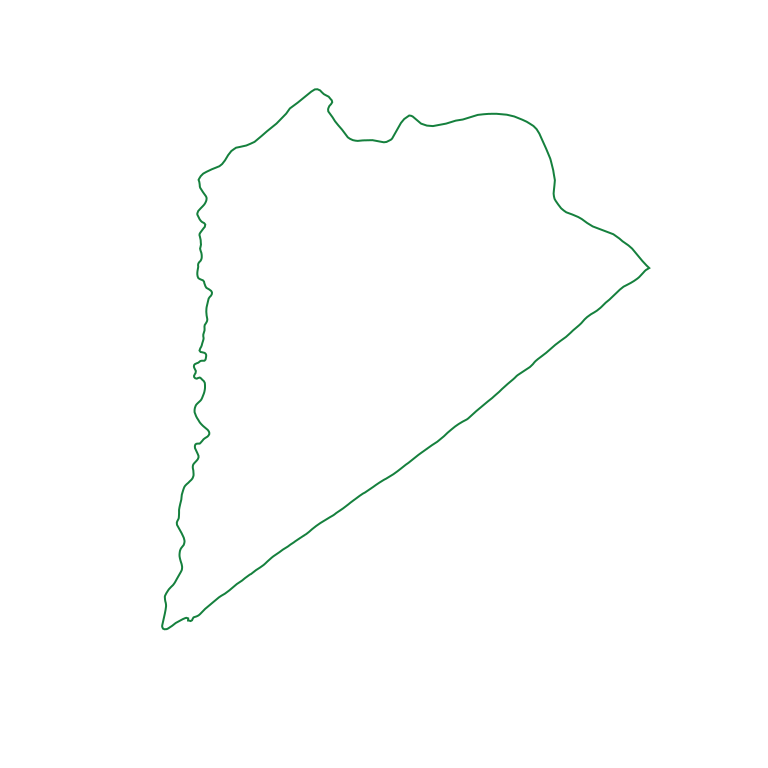 Champerico, Retalhuleu, Guatemala (Albers equal-area conic projection), rotated 284°
{"feature_id": "79465075B86216931252561", "entity_name": "Champerico", "entity_type": "district", "adm_level": 2, "iso_a3": "GTM", "parent_name": "Guatemala", "parent_adm1": "Retalhuleu", "projection": "albers", "projection_center": [-91.913, 14.334], "detail": "fine", "context": "isolated", "style": "outline", "palette": "green", "viewbox_px": 768, "rotation_deg": 284, "n_neighbors": 0, "source": "geoboundaries", "source_scale": "gbopen_adm2", "svg_char_len": 6159}
<svg xmlns="http://www.w3.org/2000/svg" viewBox="0 0 768 768"><g transform="rotate(284 384 384)"><path d="M560.7,613.3L562.5,610.1L565.9,604.9L575.4,592.0L577.6,587.7L580.2,580.9L582.1,577.2L584.8,570.3L587.4,548.4L589.4,542.1L591.9,536.0L593.0,532.1L594.0,525.8L594.7,519.3L595.8,516.5L597.3,513.4L600.4,509.5L603.3,506.2L604.9,504.7L607.2,503.5L609.8,502.5L613.0,502.0L618.0,501.3L623.1,500.5L629.2,497.8L632.3,496.5L640.6,492.1L642.9,490.8L651.4,484.5L660.4,477.4L664.5,474.2L668.2,470.4L670.5,466.6L671.9,462.5L673.0,459.0L673.9,454.3L675.1,445.7L675.0,438.0L673.4,427.8L671.5,420.4L669.8,415.3L667.8,409.9L659.7,396.5L656.9,389.9L651.7,381.3L646.1,369.1L645.1,363.1L645.6,357.0L650.5,347.1L650.8,345.4L650.6,343.5L646.0,339.5L641.4,337.3L624.1,332.5L622.7,331.6L621.4,330.1L619.5,327.9L618.5,325.4L617.8,313.8L615.3,304.7L613.5,299.6L613.2,297.4L613.1,294.8L613.7,291.6L614.6,289.2L620.7,281.7L624.0,277.0L627.1,272.9L630.3,269.6L632.4,267.1L635.0,264.0L637.0,263.3L638.1,263.3L640.5,263.7L642.9,265.0L644.9,265.6L646.6,264.7L647.4,263.5L649.4,260.8L650.1,257.8L650.7,255.5L652.1,253.0L653.4,251.0L653.9,248.1L653.1,245.6L650.1,242.7L636.1,232.2L628.6,226.0L622.7,223.7L610.7,216.7L600.9,209.3L595.3,205.4L587.6,199.8L584.8,196.3L582.1,192.7L579.0,186.5L577.5,183.3L575.5,181.5L573.1,179.5L568.4,177.4L562.5,175.6L558.2,173.7L555.5,171.6L553.0,168.2L550.7,165.0L547.0,160.5L544.4,157.7L541.4,155.9L538.9,155.1L537.2,154.7L535.6,155.8L533.5,156.7L532.4,157.1L531.1,157.5L529.9,158.2L526.3,162.0L522.9,166.0L521.5,166.9L519.5,167.2L518.0,167.1L516.2,166.7L514.7,166.2L512.8,165.2L509.9,163.5L506.9,161.9L504.4,161.6L503.2,161.9L499.2,165.3L497.9,166.9L497.2,168.2L496.9,169.4L496.6,170.6L495.5,172.0L493.1,172.1L491.3,171.2L488.7,170.1L486.5,169.2L485.3,168.8L483.9,168.9L482.3,169.8L481.1,170.4L479.3,171.3L476.7,172.1L475.0,172.7L472.5,172.8L470.9,172.8L469.5,173.5L468.5,174.1L467.0,175.1L465.1,175.9L463.7,176.3L462.3,176.6L461.0,176.6L459.4,176.3L458.3,175.7L457.1,175.0L455.7,174.7L454.4,174.8L452.8,175.4L448.5,175.7L446.5,176.0L445.0,176.4L443.2,177.2L441.8,178.3L441.3,179.8L441.0,181.5L440.8,183.2L439.8,184.6L438.3,185.3L435.5,187.2L434.3,188.5L433.7,190.7L433.4,191.7L432.5,193.8L431.3,194.9L429.7,195.2L427.9,194.8L426.4,193.9L424.5,193.2L421.8,193.2L415.6,193.3L414.0,193.5L411.1,194.1L407.6,195.3L405.6,196.2L404.1,196.9L402.5,197.1L400.8,196.8L399.3,196.3L397.9,195.8L396.3,195.9L394.3,196.5L392.5,196.9L390.6,196.8L388.3,196.7L386.6,197.1L385.3,197.7L384.2,198.0L382.6,198.0L379.2,197.8L377.4,197.8L375.8,197.6L374.6,197.2L373.3,197.0L371.8,196.9L370.7,198.3L370.8,199.8L370.8,202.4L370.3,203.4L369.6,204.2L368.3,204.7L365.7,204.9L364.5,204.9L363.2,204.2L362.8,202.8L362.4,201.3L361.8,200.2L359.8,198.7L358.6,197.0L357.4,195.6L356.4,195.2L355.0,195.3L354.0,195.8L352.8,196.8L351.1,198.3L349.0,198.5L347.5,198.0L345.8,197.7L344.6,198.3L343.9,199.5L343.9,201.1L344.8,202.1L345.7,203.7L345.2,205.1L344.2,206.6L343.2,208.5L341.8,209.8L340.5,210.3L338.8,210.8L336.7,211.3L335.0,211.5L332.8,211.6L331.1,211.5L326.5,210.9L324.7,210.5L323.4,209.9L320.5,208.0L319.0,207.1L317.8,206.6L315.2,206.3L313.5,206.4L312.0,206.7L310.7,207.1L308.7,208.5L307.4,209.4L306.0,210.6L304.1,212.6L302.2,214.5L301.1,216.0L300.4,217.1L299.5,218.6L296.8,224.1L295.6,225.5L294.6,226.2L293.2,226.6L291.7,226.2L290.3,225.5L289.4,224.6L287.9,223.2L286.6,222.2L285.0,221.5L282.5,220.2L281.6,219.6L281.1,217.7L280.6,216.4L279.6,215.6L278.0,215.5L276.1,216.1L271.3,220.0L269.4,221.4L267.8,221.8L265.9,221.5L264.4,220.8L262.6,219.8L261.0,218.9L260.0,218.5L258.9,218.3L257.2,218.5L255.8,219.0L254.0,219.9L251.8,220.6L250.6,221.0L249.3,221.3L248.2,221.3L246.0,221.0L244.3,220.2L242.5,219.0L240.9,218.1L239.1,216.8L237.4,215.8L236.2,215.3L234.5,215.0L232.2,214.8L227.6,214.6L222.7,215.3L218.3,215.3L214.8,215.4L212.3,215.6L209.5,216.3L207.7,216.7L205.0,217.2L203.7,217.3L200.8,216.6L199.3,216.5L197.3,217.2L190.2,223.8L186.4,226.9L184.0,228.2L182.8,228.6L181.2,228.7L179.4,228.6L175.9,227.0L174.6,226.6L172.8,226.4L171.4,226.5L169.9,226.7L168.8,226.9L167.4,227.3L165.6,228.1L163.0,229.5L160.3,231.2L157.9,232.3L156.7,232.6L154.8,232.8L153.1,232.5L144.5,230.1L143.4,229.8L141.8,229.4L139.9,228.8L137.8,227.9L135.6,226.5L132.7,224.9L131.0,224.3L128.3,223.4L125.6,222.8L124.5,222.8L122.1,223.6L120.4,224.3L118.8,225.2L117.1,225.9L115.7,226.3L111.9,226.7L108.2,226.9L96.1,227.2L94.8,227.5L93.2,228.7L92.9,230.3L93.6,232.5L94.6,233.7L98.2,237.0L101.7,239.7L107.2,245.7L108.7,247.7L109.3,248.7L109.2,250.7L107.1,251.1L107.3,252.2L107.2,253.7L108.3,254.9L110.0,255.2L111.5,255.7L112.4,257.1L113.2,258.4L114.4,259.8L115.2,260.5L116.4,261.3L118.3,262.4L122.6,264.9L123.8,265.8L131.1,271.1L137.1,275.5L139.2,277.4L142.0,280.3L144.8,282.6L146.4,283.9L154.3,289.6L158.9,293.8L161.9,296.0L163.7,297.5L166.7,300.0L167.4,300.9L172.4,304.8L175.8,308.0L177.3,309.3L179.3,311.0L181.2,312.3L183.6,313.8L188.3,317.0L190.0,318.3L195.6,323.3L198.8,325.9L203.0,330.0L205.6,332.1L207.1,333.5L208.5,334.8L210.0,336.0L214.2,339.8L218.4,343.7L219.5,344.8L222.2,346.9L225.8,349.4L229.8,352.5L233.7,355.9L241.7,363.8L244.0,366.2L245.2,367.3L247.4,369.0L253.4,374.4L258.8,378.7L260.7,380.1L263.4,382.3L269.7,387.5L272.7,390.2L274.0,391.7L281.5,398.4L284.1,400.6L287.1,403.3L290.0,406.1L291.4,407.5L292.5,408.8L298.7,414.9L302.6,418.2L306.3,421.1L311.0,424.7L313.4,426.8L323.5,434.5L326.6,437.1L336.2,445.3L340.9,449.7L347.8,454.8L352.1,457.5L356.0,460.3L360.0,463.3L363.2,466.1L366.5,469.4L369.6,472.9L370.9,474.0L379.9,480.0L392.5,489.2L396.5,492.3L398.6,493.7L400.5,495.0L404.2,497.6L407.8,499.8L414.0,504.0L419.8,508.2L421.6,509.4L423.8,510.7L425.0,511.6L432.0,518.0L434.8,520.6L435.8,521.5L438.0,522.9L439.3,523.7L441.3,524.6L442.9,525.5L445.4,527.3L450.5,531.4L453.5,533.8L456.8,536.1L463.4,540.7L468.4,544.7L473.7,549.2L478.6,552.5L481.8,554.5L488.2,559.1L490.7,560.7L495.2,563.0L498.1,564.9L501.8,568.0L504.0,570.3L506.6,572.8L510.3,575.6L511.7,576.5L516.5,579.4L520.4,582.3L525.3,585.4L529.4,588.0L532.6,590.0L536.4,592.9L538.4,595.2L541.7,598.9L544.4,601.6L547.6,604.4L549.4,605.7L552.8,607.6L554.6,608.6L556.7,609.7L557.9,610.5L560.7,613.3Z" fill="none" stroke="#15803d" stroke-width="2"/></g></svg>